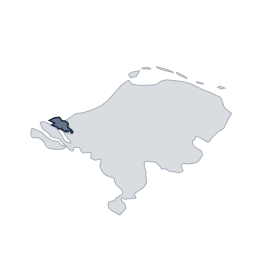 Schouwen-Duiveland, Zeeland, Netherlands (highlighted), rotated 28°
{"feature_id": "6326949B19243153872397", "entity_name": "Schouwen-Duiveland", "entity_type": "district", "adm_level": 2, "iso_a3": "NLD", "parent_name": "Netherlands", "parent_adm1": "Zeeland", "projection": "robinson", "projection_center": [3.94, 51.688], "detail": "fine", "context": "in_parent", "style": "filled", "palette": "slate", "viewbox_px": 256, "rotation_deg": 28, "n_neighbors": 0, "source": "geoboundaries", "source_scale": "gbopen_adm2", "svg_char_len": 4409}
<svg xmlns="http://www.w3.org/2000/svg" viewBox="0 0 256 256"><g transform="rotate(28 128 128)"><path d="M161.6,208.7L157.0,208.6L152.8,208.5L150.5,208.2L148.1,207.4L147.0,205.6L145.7,203.5L146.0,202.2L150.0,198.5L150.5,197.5L150.1,197.0L150.5,195.4L153.5,189.9L153.9,187.7L152.5,186.1L150.5,185.2L144.1,183.6L141.0,181.3L139.6,179.3L138.2,178.7L136.1,179.4L130.8,180.1L126.4,179.1L121.3,175.3L120.1,171.9L119.5,169.3L118.2,168.4L116.5,169.7L114.4,171.8L110.1,172.1L108.9,171.6L108.7,170.4L108.4,169.3L107.2,167.9L105.9,167.1L100.5,171.0L98.5,171.0L96.0,169.5L94.7,168.1L91.9,168.9L89.4,170.7L90.3,174.1L89.0,174.7L85.9,174.4L82.4,173.0L78.5,172.2L72.6,169.8L64.4,171.7L58.7,169.5L53.9,169.2L51.0,167.4L47.8,164.4L50.0,162.3L52.2,161.6L60.9,161.2L67.2,162.5L78.6,169.1L81.5,169.1L84.5,168.2L83.0,166.4L80.1,165.6L75.9,163.8L72.5,161.3L80.4,160.4L79.3,159.1L78.3,156.9L69.9,149.2L71.4,147.1L73.5,142.6L76.1,138.9L78.1,137.9L81.6,135.2L89.0,127.5L93.7,121.2L97.1,113.7L102.2,93.1L103.7,89.6L106.1,85.7L109.2,86.4L111.4,87.5L119.0,84.6L132.0,77.0L135.8,70.4L139.5,67.3L154.5,61.3L162.7,59.5L175.5,59.1L184.7,58.0L195.8,57.6L200.0,61.3L202.5,64.0L206.5,65.5L212.6,66.5L212.4,71.9L212.6,82.4L212.2,84.3L209.5,88.7L206.8,96.7L206.1,102.0L205.2,103.0L193.6,102.9L191.9,103.9L191.7,105.0L192.3,106.3L192.0,107.7L191.1,108.8L191.7,110.5L193.7,112.5L197.5,113.7L201.4,113.8L203.4,113.6L205.0,115.0L206.5,117.2L206.4,119.9L205.9,123.6L204.1,127.0L198.8,130.9L196.4,132.3L194.1,133.0L193.0,134.1L192.5,135.4L192.7,136.5L196.6,139.7L196.5,140.4L195.4,142.0L194.0,143.6L184.1,146.8L179.9,146.5L177.6,148.1L176.9,148.4L174.3,146.9L168.5,145.3L166.3,145.8L165.1,146.8L161.4,147.9L158.8,149.6L158.9,151.9L163.6,157.8L165.2,158.9L165.3,161.1L167.6,163.8L169.9,167.3L170.2,169.4L170.0,171.7L168.8,174.8L164.9,182.1L164.9,183.5L165.2,184.6L166.6,184.9L167.7,185.5L167.4,186.4L159.9,191.5L158.9,192.4L155.8,192.2L155.3,193.0L155.7,194.4L157.0,195.6L159.7,196.2L162.0,197.5L163.9,200.1L161.6,208.7ZM82.4,173.0L81.7,175.1L80.0,177.5L74.1,180.8L67.9,183.1L64.8,182.8L62.6,181.6L61.4,180.4L58.1,179.2L53.6,178.7L50.8,179.9L48.8,181.1L47.0,180.9L45.7,179.9L44.7,178.4L43.4,173.5L46.7,172.6L54.0,172.3L59.7,174.0L67.1,174.8L72.8,172.5L77.3,174.5L82.4,173.0ZM70.0,153.2L74.4,156.3L75.3,157.2L75.6,158.3L70.1,159.5L64.3,155.7L60.4,156.6L58.9,154.9L58.9,153.7L62.9,152.8L70.0,153.2ZM111.2,78.4L106.9,82.4L104.3,81.3L103.5,80.4L104.8,77.3L111.2,72.1L111.2,78.4ZM130.4,60.7L126.3,61.2L124.5,60.4L134.3,58.2L140.6,57.5L141.7,57.8L130.4,60.7ZM156.9,56.6L148.2,57.5L145.3,56.8L144.8,56.2L147.1,55.8L154.5,55.7L156.8,56.3L156.9,56.6ZM120.9,65.1L112.8,69.2L112.1,68.6L117.4,65.0L120.9,65.1ZM192.1,49.7L188.0,49.9L189.1,48.4L192.9,47.3L194.9,47.3L192.1,49.7ZM174.5,53.7L168.4,55.6L166.9,55.2L167.3,54.7L172.7,53.5L174.5,53.7Z" fill="#d9dde1" stroke="#a8b0b8" stroke-width="1"/><path d="M81.3,157.6L80.9,157.4L79.1,156.2L77.8,156.2L77.2,156.1L76.7,155.9L76.1,155.9L75.6,155.8L75.0,155.8L74.4,155.7L74.1,155.3L73.9,154.8L73.9,154.3L73.9,153.7L73.5,153.3L73.1,153.0L72.9,152.1L71.2,151.8L70.5,151.4L69.7,151.3L68.8,151.4L68.1,151.8L67.6,152.2L67.2,152.6L66.8,152.7L65.5,152.4L64.6,151.7L62.3,150.8L60.1,152.3L58.3,153.5L56.9,155.6L55.8,157.1L55.0,158.2L61.1,158.2L60.2,159.8L59.3,161.1L59.5,161.1L59.8,161.1L60.0,161.2L60.3,161.2L60.5,161.2L60.8,161.1L61.0,161.1L61.3,161.0L61.5,161.0L61.8,161.0L62.0,161.0L62.2,160.9L62.3,160.9L62.5,160.9L62.8,160.9L63.0,160.8L63.2,160.7L63.3,160.7L63.5,160.7L63.8,160.6L64.0,160.6L64.3,160.6L64.5,160.6L64.8,160.6L65.0,160.6L65.3,160.7L65.5,160.7L65.7,160.8L65.8,160.8L66.0,160.9L66.1,161.0L66.3,161.0L66.5,161.2L66.8,161.2L66.8,161.3L70.0,160.2L70.0,159.9L70.1,160.0L70.3,160.1L70.5,160.3L70.5,160.2L70.8,160.3L71.0,160.3L71.3,160.3L71.5,160.3L71.8,160.4L72.0,160.4L72.1,160.5L72.3,160.5L72.5,160.6L72.8,160.6L73.0,160.6L73.3,160.6L73.5,160.6L73.8,160.4L74.0,160.3L74.1,160.2L74.3,160.1L74.5,160.0L74.7,159.8L74.8,160.3L74.9,160.2L75.0,160.2L75.3,160.1L75.5,160.0L75.6,159.9L75.8,159.8L75.8,159.7L76.0,159.7L76.2,159.4L76.3,159.4L76.2,159.3L76.1,159.2L76.3,159.0L76.4,158.9L76.5,158.8L76.5,158.7L76.8,158.5L76.9,158.4L77.0,158.4L77.1,158.2L77.3,158.1L77.5,157.9L77.8,157.8L78.0,157.8L78.3,157.9L78.4,158.0L78.5,158.0L79.0,158.1L79.3,158.2L79.4,158.3L79.5,158.3L79.8,158.4L80.0,158.4L80.0,158.5L80.3,158.7L80.6,158.8L80.8,158.9L81.0,158.8L81.3,157.6Z" fill="#64748b" stroke="#1e293b" stroke-width="1.5"/></g></svg>